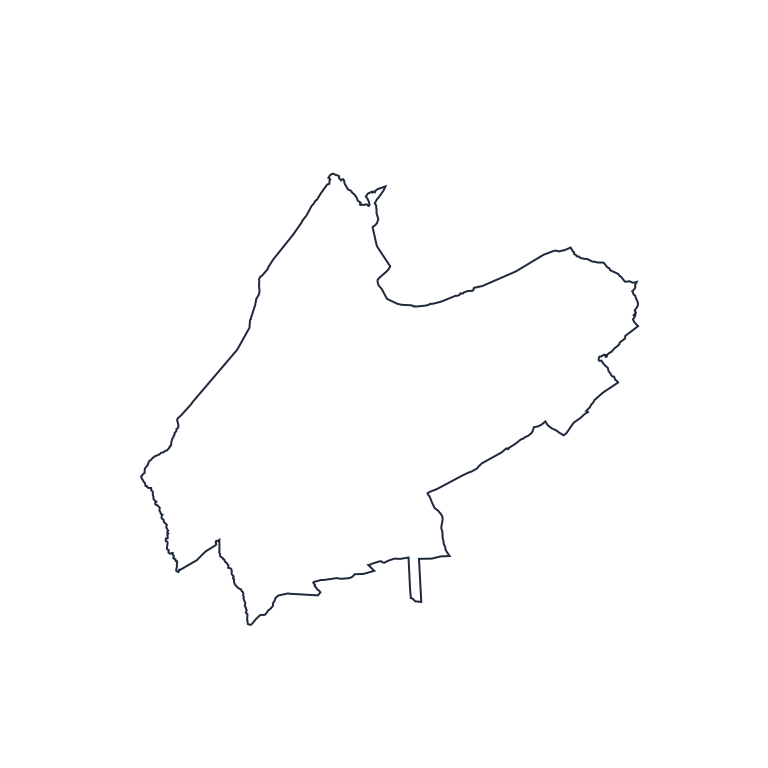 the district of Ladesti, Vâlcea, Romania, rotated 332°
{"feature_id": "2599482B93203589904447", "entity_name": "Ladesti", "entity_type": "district", "adm_level": 2, "iso_a3": "ROU", "parent_name": "Romania", "parent_adm1": "Vâlcea", "projection": "natural_earth1", "projection_center": [24.033, 44.869], "detail": "fine", "context": "isolated", "style": "outline", "palette": "slate", "viewbox_px": 768, "rotation_deg": 332, "n_neighbors": 0, "source": "geoboundaries", "source_scale": "gbopen_adm2", "svg_char_len": 6166}
<svg xmlns="http://www.w3.org/2000/svg" viewBox="0 0 768 768"><g transform="rotate(332 384 384)"><path d="M518.5,513.6L521.7,513.2L533.3,507.2L541.6,506.2L546.7,504.8L550.9,504.5L550.6,503.2L550.0,502.7L555.1,501.1L556.9,499.7L560.0,498.5L562.6,496.9L573.3,494.4L591.4,492.6L591.1,490.5L590.1,488.8L590.6,485.5L589.3,484.6L588.8,483.3L588.8,480.4L588.3,477.9L589.2,475.1L587.4,469.9L586.9,465.3L585.3,464.9L584.8,464.0L585.4,462.4L586.4,461.4L587.5,461.0L588.4,461.6L592.1,461.4L593.7,462.7L592.5,462.8L592.6,464.3L594.0,464.1L594.2,463.1L597.3,462.4L600.2,462.3L603.8,460.8L609.1,459.9L610.6,459.3L611.5,458.1L618.0,457.0L619.7,454.8L635.5,452.2L634.1,447.3L634.1,443.8L637.4,442.1L638.1,441.3L637.5,441.3L636.8,440.6L640.0,438.9L639.7,438.5L639.9,436.8L644.7,434.2L646.1,432.2L646.6,429.6L646.7,426.3L647.3,424.0L646.7,423.0L646.4,421.4L646.9,420.3L646.7,418.6L648.9,418.0L651.1,416.8L651.9,415.5L651.9,414.7L655.1,412.5L652.1,411.8L651.1,411.2L649.2,408.7L645.1,407.0L644.7,406.5L643.6,400.4L642.6,398.9L642.6,397.0L637.2,389.8L637.0,389.2L637.3,388.4L637.2,387.6L635.9,385.6L635.0,380.3L634.3,379.5L629.5,377.0L627.9,375.3L625.4,373.7L622.0,368.9L620.1,367.9L617.0,365.3L616.1,364.0L616.0,363.0L614.1,361.7L614.1,360.2L612.9,358.6L613.6,356.8L613.1,356.2L612.8,351.1L605.6,350.6L605.3,350.2L600.5,349.0L598.8,347.1L596.4,346.2L585.7,344.8L553.2,346.5L516.2,343.6L514.8,343.0L513.8,343.0L513.1,342.3L511.4,342.2L508.7,341.3L507.8,341.9L507.4,342.8L505.8,343.2L501.7,341.3L497.4,340.6L496.2,341.2L494.0,339.8L492.3,340.9L489.2,340.2L488.6,339.7L473.1,338.1L464.8,336.1L462.2,334.9L460.8,335.1L457.8,334.4L448.0,330.4L447.6,329.6L446.4,329.4L445.5,327.6L436.7,322.3L433.2,319.2L426.9,310.6L426.6,309.6L426.6,298.6L425.5,294.6L426.2,291.0L427.3,289.0L429.5,288.1L438.9,285.9L442.1,284.8L444.7,283.1L442.5,259.6L442.9,257.1L447.4,240.7L447.7,240.0L451.0,239.6L453.7,238.4L456.4,235.6L457.6,229.6L459.7,225.8L459.7,225.0L460.9,222.8L460.6,220.2L464.7,217.5L466.9,216.8L474.7,212.8L478.0,210.2L469.5,208.9L467.0,209.4L465.9,210.5L465.4,210.2L464.9,209.1L463.5,209.5L463.2,208.5L459.3,208.3L456.0,209.9L456.4,212.7L456.2,216.1L455.5,218.8L454.3,219.7L453.7,219.4L453.5,217.8L452.8,217.1L451.9,216.7L450.3,216.6L449.3,215.6L447.3,214.9L447.1,214.1L448.5,212.9L446.9,209.9L447.3,206.4L446.9,202.9L445.5,199.5L445.8,198.5L445.1,197.2L443.8,195.9L443.6,195.2L443.3,189.1L443.6,187.2L444.3,186.0L444.1,184.0L443.5,183.7L441.7,184.1L441.0,180.9L441.8,179.7L441.8,178.9L439.5,176.7L438.0,174.5L436.4,174.1L434.4,174.3L432.1,175.5L431.6,176.0L432.5,177.2L432.6,178.2L431.2,179.0L429.8,181.6L427.4,181.2L417.7,186.0L411.0,190.0L409.6,189.9L406.9,191.6L403.5,192.9L394.6,198.9L389.3,201.1L386.7,202.9L374.0,209.4L344.5,222.1L337.1,226.3L335.1,228.0L327.2,231.1L324.8,231.3L322.8,232.9L322.5,234.0L319.7,238.8L318.0,242.9L316.9,244.8L315.2,246.5L311.2,248.9L307.4,253.7L297.4,263.4L297.1,264.1L295.8,264.5L291.7,271.1L272.1,283.8L270.0,285.0L206.5,310.1L204.3,311.3L189.9,316.5L185.4,317.6L184.3,319.1L183.1,324.0L182.1,325.5L181.2,326.2L179.7,326.3L178.5,328.1L176.0,329.0L175.2,330.5L174.1,330.8L173.5,331.8L171.6,332.8L169.7,334.6L167.0,338.3L165.5,338.5L165.3,339.2L161.4,340.7L159.2,340.4L156.7,340.7L154.8,340.1L152.6,340.7L147.6,340.3L145.3,340.6L141.9,341.8L140.3,341.8L137.4,344.5L133.0,346.5L130.8,350.2L128.9,350.4L127.1,351.4L126.2,351.5L125.7,353.8L126.0,355.2L125.9,357.0L126.4,359.3L125.6,362.1L126.6,362.7L126.4,363.4L127.0,365.0L129.6,366.5L128.6,368.4L129.3,370.6L127.6,373.8L127.5,375.3L126.5,377.2L126.8,379.0L127.7,381.2L126.1,381.6L125.6,383.1L126.9,384.6L127.9,388.0L126.2,390.6L126.5,392.0L126.0,393.7L127.0,395.5L125.6,396.2L124.6,398.3L125.7,400.6L124.9,402.6L126.1,406.4L124.5,408.2L124.4,410.0L124.6,412.2L123.4,412.7L122.8,413.6L123.4,414.7L121.8,415.5L121.7,416.5L120.5,418.7L119.0,418.0L117.9,419.3L117.6,420.3L118.5,421.4L118.6,422.3L114.9,427.6L115.0,428.3L115.9,429.6L114.6,431.7L115.1,433.1L115.5,433.5L117.6,433.6L118.2,434.2L117.3,435.5L117.7,436.9L117.4,437.9L116.3,438.5L116.5,439.6L117.6,440.8L116.9,442.4L117.9,442.9L118.0,443.3L117.4,445.0L116.4,445.9L115.6,447.8L113.1,450.7L112.9,451.4L113.0,452.1L114.3,453.5L115.4,452.6L115.6,452.0L116.8,452.0L117.2,452.4L135.9,451.7L147.7,448.1L159.5,447.3L160.7,446.7L160.9,445.0L161.5,444.7L161.8,443.9L162.9,444.0L163.9,445.0L164.5,444.4L165.5,444.3L160.4,454.0L159.5,455.2L159.3,457.1L158.5,459.2L158.6,459.8L159.9,461.8L159.8,463.4L160.6,464.0L160.2,466.3L161.0,467.8L161.4,471.3L160.1,473.0L162.0,474.8L162.3,475.8L161.7,477.9L160.4,479.7L160.3,480.8L161.0,483.3L159.4,484.6L160.0,485.9L159.3,486.9L158.5,489.0L158.3,491.3L159.5,495.8L161.3,498.3L161.1,500.0L161.7,501.5L161.3,503.4L160.3,504.6L160.1,506.6L159.2,507.4L158.6,512.6L156.9,514.4L157.1,516.5L156.5,517.6L156.5,519.4L154.7,520.9L155.3,523.4L152.7,527.5L151.1,532.1L152.8,533.9L154.3,534.0L160.7,531.4L165.8,530.0L167.6,530.4L169.6,531.6L171.0,531.8L175.7,529.5L177.8,529.3L181.1,528.1L182.2,527.3L182.9,525.5L185.3,524.3L187.9,521.9L191.7,521.2L201.1,523.9L201.9,524.7L226.4,539.6L230.0,538.1L229.8,536.3L228.5,533.7L228.7,532.5L227.9,530.4L228.1,529.5L228.8,529.1L228.2,526.8L228.5,526.1L229.0,525.8L236.6,527.6L238.6,528.7L249.8,532.7L251.9,533.6L253.0,534.8L255.6,536.3L262.2,539.1L264.7,539.4L266.8,539.0L268.7,538.2L276.9,542.1L287.7,544.4L285.2,536.5L286.6,537.0L288.8,537.0L296.8,538.5L298.3,539.3L299.3,541.2L300.3,541.9L304.9,542.0L311.3,543.1L316.1,546.0L324.2,548.7L310.6,577.6L307.2,585.7L308.5,586.9L309.6,590.6L314.6,593.9L332.8,554.8L344.2,560.6L353.0,562.8L361.2,566.7L360.5,560.9L360.8,558.4L361.6,556.3L361.6,553.3L363.0,550.0L363.4,547.7L366.2,541.8L366.8,538.6L367.4,537.3L372.4,530.8L373.1,529.2L373.3,526.4L372.4,521.6L370.5,517.3L370.7,511.5L371.4,505.3L371.0,502.4L371.2,500.8L373.7,500.7L381.1,501.6L410.5,501.6L417.5,501.9L420.1,502.4L425.1,502.3L427.0,502.1L428.8,501.2L433.2,500.0L455.6,499.6L461.7,498.3L462.2,499.2L463.3,499.1L463.3,499.6L465.6,498.9L471.6,498.6L478.8,497.2L481.0,497.6L483.1,497.2L487.4,497.4L491.6,496.4L493.0,495.5L496.1,492.5L500.3,493.8L504.4,493.8L508.9,492.8L509.2,497.2L511.2,501.7L514.5,506.2L515.8,509.1L518.5,513.6Z" fill="none" stroke="#1e293b" stroke-width="2"/></g></svg>